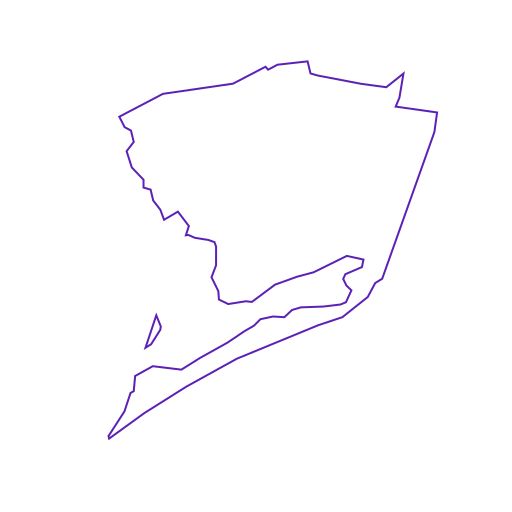 outline of Calhoun, Texas, United States of America, rotated 9°
{"feature_id": "52423323B71782729975754", "entity_name": "Calhoun", "entity_type": "district", "adm_level": 2, "iso_a3": "USA", "parent_name": "United States of America", "parent_adm1": "Texas", "projection": "robinson", "projection_center": [-96.654, 28.395], "detail": "fine", "context": "isolated", "style": "outline", "palette": "violet", "viewbox_px": 512, "rotation_deg": 9, "n_neighbors": 0, "source": "geoboundaries", "source_scale": "gbopen_adm2", "svg_char_len": 1194}
<svg xmlns="http://www.w3.org/2000/svg" viewBox="0 0 512 512"><g transform="rotate(9 256 256)"><path d="M247.3,63.7L238.8,70.1L235.8,67.6L206.3,89.4L138.7,110.4L99.2,139.8L106.1,149.3L112.9,151.7L117.4,162.5L111.8,172.7L119.5,188.0L133.0,198.3L134.2,206.0L141.5,206.9L145.8,217.3L154.3,225.3L159.5,234.6L171.9,224.4L185.0,236.9L183.5,246.5L185.9,245.8L192.8,247.6L206.4,247.6L212.8,248.8L215.1,252.9L218.0,271.4L215.4,284.0L224.3,296.6L226.2,304.8L236.1,307.8L253.0,302.3L259.1,302.0L279.3,281.3L299.7,270.1L315.4,263.1L345.7,241.7L362.7,242.7L362.4,250.3L347.1,260.0L345.7,265.0L349.9,271.0L355.6,275.0L352.1,287.6L347.0,290.7L330.4,295.4L308.4,299.7L300.0,303.7L293.6,312.0L282.3,313.1L270.3,317.7L264.9,325.1L256.1,332.3L241.3,346.1L216.7,365.4L200.1,379.9L171.3,381.0L155.4,393.4L156.4,408.6L153.5,410.9L150.4,430.0L138.5,456.9L139.5,459.3L170.4,428.5L207.9,395.7L253.2,360.4L328.5,314.5L350.9,302.9L372.8,279.0L378.0,264.0L384.2,258.7L412.8,105.7L412.4,85.9L370.6,86.6L372.9,77.2L373.1,52.7L358.3,68.9L332.6,69.5L288.9,68.1L281.3,67.2L276.5,55.7L247.3,63.7ZM161.2,363.9L166.2,359.6L173.0,343.9L173.0,340.5L166.8,330.2L161.2,363.9Z" fill="none" stroke="#5b21b6" stroke-width="2"/></g></svg>